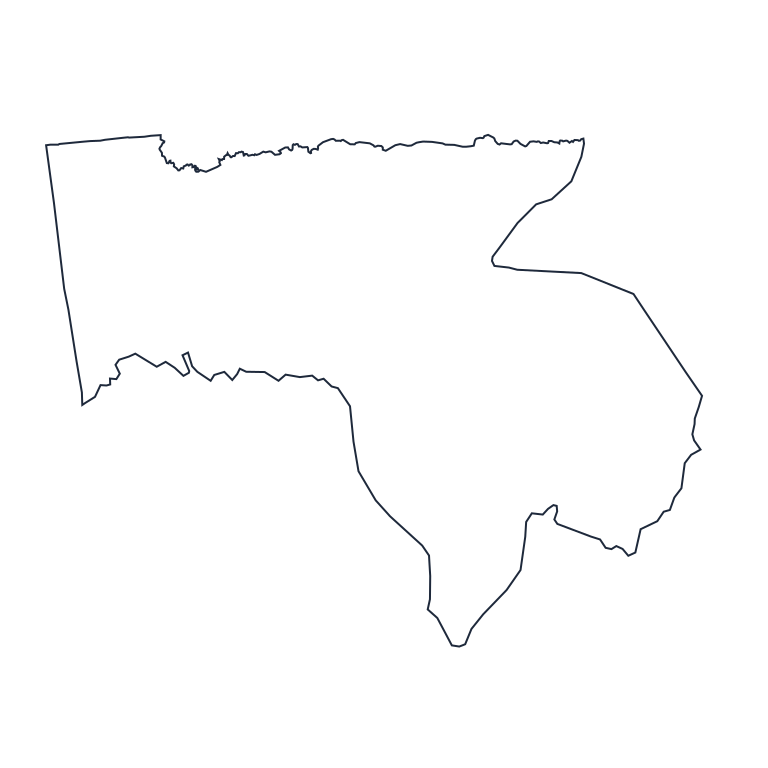 Dja-Et-Lobo, Sud, Cameroon (Natural Earth projection), rotated 175°
{"feature_id": "32672807B39721432011370", "entity_name": "Dja-Et-Lobo", "entity_type": "district", "adm_level": 2, "iso_a3": "CMR", "parent_name": "Cameroon", "parent_adm1": "Sud", "projection": "natural_earth1", "projection_center": [12.712, 2.919], "detail": "fine", "context": "isolated", "style": "outline", "palette": "slate", "viewbox_px": 768, "rotation_deg": 175, "n_neighbors": 0, "source": "geoboundaries", "source_scale": "gbopen_adm2", "svg_char_len": 4379}
<svg xmlns="http://www.w3.org/2000/svg" viewBox="0 0 768 768"><g transform="rotate(175 384 384)"><path d="M148.3,194.2L141.0,217.0L123.7,223.5L116.5,232.4L110.2,233.6L104.7,245.5L103.5,246.9L96.8,254.2L91.3,278.9L84.2,286.7L74.4,291.1L80.0,300.8L81.2,307.0L78.1,317.0L77.4,322.5L72.5,333.5L68.2,344.5L82.5,369.7L118.4,435.0L127.6,451.9L177.8,477.3L241.3,486.2L249.4,489.1L263.7,492.0L265.7,497.2L264.7,501.3L257.5,509.3L255.9,511.1L236.9,532.8L230.2,538.4L216.8,549.7L200.9,553.4L179.7,569.6L167.6,593.1L163.8,606.0L164.0,611.1L166.2,610.7L167.4,609.4L168.7,609.3L169.5,610.0L173.0,610.5L174.6,608.7L175.6,609.7L178.2,608.2L180.1,610.2L181.4,610.6L184.4,610.1L185.1,610.8L187.2,611.2L187.9,610.5L188.4,608.3L190.2,609.5L193.3,610.0L196.0,611.5L197.7,611.6L198.7,611.7L199.5,609.8L200.5,609.6L204.4,610.7L206.8,610.4L208.3,612.0L209.5,612.3L210.7,611.9L213.9,612.7L217.4,612.6L221.4,608.7L222.7,608.4L227.1,611.3L229.9,614.7L231.6,615.0L233.7,614.3L235.9,611.8L237.6,611.7L237.9,611.8L241.3,612.5L246.4,613.6L248.0,612.5L249.8,613.3L252.0,616.3L252.7,619.0L253.6,620.0L258.6,623.1L262.4,622.2L263.3,620.7L264.1,620.3L266.9,620.9L270.3,620.4L271.2,619.9L272.2,618.5L273.8,613.6L276.8,613.3L281.6,613.2L284.9,613.5L285.9,613.8L293.2,616.1L302.0,617.1L304.7,618.6L315.0,621.0L323.9,622.1L328.2,621.8L330.6,621.5L335.9,619.2L339.6,619.2L347.0,621.6L351.9,620.9L361.9,616.2L364.8,617.5L364.7,618.3L364.6,619.8L365.9,621.3L369.4,621.9L371.8,621.2L372.8,621.3L373.7,622.7L377.2,625.0L387.4,627.1L391.1,626.5L392.3,625.3L396.8,625.8L403.5,630.8L404.9,630.6L405.9,629.8L406.5,630.2L410.8,630.5L412.0,631.9L413.3,632.6L415.4,632.5L423.7,630.2L428.6,627.1L429.2,626.1L429.1,624.6L429.4,623.7L429.6,623.2L431.5,624.1L433.5,624.4L435.6,623.5L436.6,622.1L436.5,620.5L437.2,620.3L439.1,622.0L439.2,625.8L439.7,626.7L444.8,626.8L446.4,628.0L448.0,628.0L449.1,630.5L450.5,630.7L451.9,630.0L453.3,630.7L454.1,629.9L454.6,626.2L455.1,625.2L456.2,624.7L458.1,626.0L459.1,628.1L461.8,628.2L468.2,625.4L466.7,623.7L466.6,622.9L468.0,622.0L472.6,621.8L475.9,625.2L477.8,625.7L481.7,625.1L484.0,626.0L488.0,624.0L491.0,623.3L492.5,624.1L493.2,623.2L495.1,623.8L497.4,623.4L499.2,623.2L500.6,625.1L502.3,625.2L503.1,623.9L503.8,623.8L504.2,627.3L505.6,627.9L506.6,627.4L508.3,627.6L509.5,626.6L511.3,626.9L512.9,624.1L514.6,624.3L516.3,623.2L517.0,623.3L517.9,625.0L519.1,626.0L519.7,627.6L520.0,627.0L520.5,625.8L521.3,625.8L523.4,624.4L523.7,622.1L525.4,622.1L526.0,621.2L529.0,622.5L528.2,620.3L528.8,619.4L527.9,616.5L531.2,614.8L542.8,610.9L547.7,612.9L548.4,613.2L550.4,611.7L552.5,611.8L553.4,613.1L553.5,614.7L553.2,615.0L551.4,614.0L550.5,614.1L550.7,615.1L552.3,616.3L552.7,617.7L553.6,617.9L554.4,616.7L556.0,616.6L555.8,618.5L556.6,619.7L558.0,619.6L558.5,618.9L559.6,618.6L560.5,619.8L561.6,619.7L562.3,618.9L564.5,618.3L565.2,616.2L567.2,616.8L569.1,614.7L570.3,614.7L571.8,617.0L574.4,619.1L573.9,621.1L574.6,622.7L576.7,622.5L577.3,623.1L577.3,625.1L578.1,625.0L579.6,622.7L581.1,623.0L582.5,628.7L583.1,629.7L585.2,630.7L585.1,633.7L587.0,637.0L587.2,638.0L586.3,639.5L585.3,640.3L583.9,642.5L583.5,643.2L582.0,643.8L581.7,644.9L585.2,647.1L584.8,651.4L594.7,651.6L601.1,651.2L616.5,651.7L617.5,652.1L623.6,652.0L640.6,651.6L645.5,651.1L655.4,651.6L662.3,651.6L686.5,651.4L687.6,650.8L695.4,651.5L699.8,651.3L697.0,593.1L694.3,506.7L691.9,485.5L688.3,433.5L685.7,401.9L686.4,389.4L683.2,391.2L673.0,396.4L666.5,407.6L660.6,406.7L656.8,407.4L656.5,413.3L650.2,412.2L646.3,417.3L649.8,426.5L645.7,431.3L635.9,433.5L629.1,435.9L608.9,421.0L599.6,425.1L591.1,418.4L583.1,409.6L577.4,412.2L576.9,413.9L582.2,430.2L576.5,432.4L573.6,418.4L568.9,412.4L556.4,402.3L552.3,407.8L542.0,410.0L534.8,401.2L529.4,406.7L526.3,411.8L520.2,408.2L501.8,406.3L488.8,396.4L481.2,401.9L467.2,398.2L454.8,398.6L449.4,393.4L443.7,394.5L436.4,386.1L430.3,383.9L419.8,364.8L419.4,329.2L417.0,299.3L402.4,268.8L390.4,252.9L389.7,251.9L360.0,219.7L354.1,209.2L354.3,203.0L354.7,188.7L356.7,168.4L357.0,165.5L360.1,155.6L351.3,146.3L347.3,136.9L339.2,117.7L331.9,115.9L327.7,117.1L325.8,117.7L318.2,132.4L305.2,146.0L279.8,168.1L264.2,186.8L256.6,219.5L254.4,234.2L248.0,242.3L237.2,240.1L231.5,245.3L225.8,248.6L222.6,247.5L222.6,242.0L226.1,234.2L223.5,229.5L191.2,214.0L182.3,210.3L177.5,201.5L171.8,199.7L166.7,202.3L160.7,198.9L155.6,191.6L148.3,194.2Z" fill="none" stroke="#1e293b" stroke-width="2"/></g></svg>